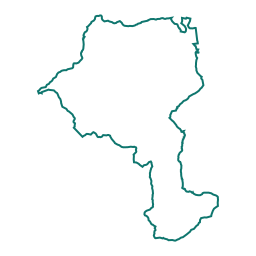 Lapugiu De Jos, Hunedoara, Romania (Albers equal-area conic projection)
{"feature_id": "2599482B98896548530240", "entity_name": "Lapugiu De Jos", "entity_type": "district", "adm_level": 2, "iso_a3": "ROU", "parent_name": "Romania", "parent_adm1": "Hunedoara", "projection": "albers", "projection_center": [22.473, 45.86], "detail": "fine", "context": "isolated", "style": "outline", "palette": "teal", "viewbox_px": 256, "rotation_deg": 0, "n_neighbors": 0, "source": "geoboundaries", "source_scale": "gbopen_adm2", "svg_char_len": 5767}
<svg xmlns="http://www.w3.org/2000/svg" viewBox="0 0 256 256"><path d="M217.9,197.1L217.3,196.3L215.9,195.4L213.3,194.6L211.3,193.3L208.8,192.7L203.8,192.7L202.6,193.2L202.5,193.5L202.1,194.2L200.1,195.2L198.1,195.2L195.8,194.8L194.2,194.0L193.3,193.3L193.0,192.6L192.9,192.8L192.4,192.8L192.4,192.4L192.0,192.4L191.1,191.8L189.5,191.3L188.7,191.8L186.8,191.6L186.2,191.3L185.2,190.0L185.1,189.3L184.9,189.0L184.0,188.6L183.6,188.8L183.3,188.5L182.6,188.3L182.2,187.9L182.8,186.3L182.8,182.9L182.4,180.6L182.5,179.8L182.2,179.6L182.1,178.7L181.7,178.6L181.7,177.9L181.2,175.6L181.3,175.0L181.1,174.2L181.2,173.1L180.9,172.1L180.9,169.5L181.2,169.0L181.3,168.2L181.4,165.3L181.0,164.6L180.5,162.5L180.2,161.9L179.4,161.7L178.3,160.4L178.2,158.9L178.5,157.6L178.3,156.6L178.7,154.8L179.1,154.5L179.3,153.5L180.3,152.3L181.8,151.1L182.2,150.3L182.0,148.8L181.7,148.6L181.9,147.8L181.6,146.9L182.2,146.0L182.2,143.8L182.5,143.5L182.4,143.3L182.6,142.9L182.2,142.4L182.6,141.5L182.5,141.1L182.8,140.1L183.1,139.7L183.0,139.4L183.3,139.3L183.7,138.1L183.9,138.0L184.1,137.5L183.9,137.2L184.3,137.0L184.4,136.4L184.9,135.7L184.6,135.0L184.8,134.6L184.2,133.6L184.2,133.1L183.8,132.8L183.4,131.6L183.8,131.0L183.2,131.1L182.1,132.0L181.4,131.8L181.1,130.6L180.0,128.9L178.6,128.1L176.9,126.5L176.3,125.2L173.4,121.5L172.3,120.7L169.5,117.9L170.0,117.5L170.3,116.9L170.3,114.8L170.7,114.2L171.8,111.6L172.1,111.2L175.9,110.6L176.5,109.1L176.7,108.5L177.1,108.4L177.1,107.9L177.5,107.8L177.6,107.2L177.4,106.8L178.9,106.1L180.0,104.3L181.8,103.0L183.3,101.3L184.0,100.8L185.7,100.2L187.1,99.3L188.1,98.4L189.1,96.5L193.5,94.0L194.7,93.6L197.2,92.0L199.0,90.6L200.5,88.6L201.6,87.8L203.4,85.2L202.4,79.9L201.3,78.6L201.2,77.9L201.7,76.8L200.6,76.1L197.4,72.9L196.4,70.4L196.4,68.7L195.8,66.5L196.0,64.8L196.0,63.1L196.4,60.0L197.2,58.0L196.3,56.7L195.8,54.5L195.6,52.6L196.2,51.7L196.6,51.9L196.8,52.5L197.7,52.7L199.2,52.7L197.0,51.6L197.2,51.0L197.8,50.4L198.2,49.5L196.7,49.3L196.4,49.0L195.7,46.2L195.0,45.9L193.4,44.0L197.8,43.4L197.6,41.7L197.2,40.5L195.7,28.0L195.0,27.9L192.7,28.4L189.9,28.3L188.9,27.5L187.8,25.4L190.0,21.0L190.4,18.6L186.5,17.7L185.9,18.7L182.0,17.9L182.2,21.0L181.8,22.3L181.3,23.2L184.7,26.1L185.7,27.9L186.1,29.0L185.8,31.2L185.4,31.8L184.7,32.3L180.7,31.5L180.8,30.4L180.6,30.1L179.6,28.4L179.2,28.4L178.4,27.1L177.4,24.5L176.7,24.1L174.6,23.8L172.2,21.3L171.0,19.0L171.0,18.5L171.6,17.8L168.3,18.4L166.8,18.4L165.4,18.9L164.3,18.8L162.8,18.1L161.1,18.3L159.9,18.9L157.3,19.0L156.0,19.6L153.7,19.0L150.6,19.1L147.8,20.4L147.7,20.7L141.6,22.0L140.8,23.0L138.0,23.7L137.3,24.4L136.3,24.6L134.8,25.5L132.5,26.1L129.7,25.9L128.4,26.2L124.7,25.8L123.6,25.3L122.6,24.3L121.7,22.7L119.8,21.1L116.9,22.2L116.2,22.9L114.5,23.3L113.4,23.1L112.2,22.2L109.5,21.5L108.0,20.7L104.4,21.4L102.6,20.0L101.9,18.8L101.8,16.4L101.2,15.6L100.1,15.4L98.7,16.0L97.2,15.9L96.3,16.1L95.5,16.5L95.0,18.2L94.9,19.1L93.9,20.5L91.4,22.0L91.0,23.3L90.5,23.7L88.0,26.4L87.0,27.0L87.5,28.5L87.4,29.4L87.0,30.5L86.3,31.5L85.2,32.0L84.6,32.6L83.6,34.9L83.5,35.7L83.7,36.0L83.8,36.8L84.2,36.4L84.6,36.8L83.6,37.7L83.5,37.8L83.8,37.9L83.5,38.4L83.6,38.7L83.0,39.4L83.4,41.0L83.7,44.4L83.3,48.8L82.9,49.9L82.1,50.7L81.9,51.8L81.3,52.2L81.0,53.5L81.3,55.7L81.7,56.3L82.3,57.8L82.3,58.3L81.6,59.4L80.3,60.6L78.6,62.6L76.5,63.4L74.2,63.3L73.7,63.5L73.3,64.6L73.1,67.4L72.3,68.2L67.5,69.3L66.4,70.2L64.0,70.2L62.2,70.6L61.4,70.9L60.2,71.9L58.5,72.5L57.2,73.9L55.9,77.0L53.2,78.6L52.2,80.6L51.2,81.5L50.0,82.2L49.0,83.8L46.9,84.8L45.7,87.1L41.5,87.9L40.5,88.7L39.3,90.2L38.0,91.1L38.8,93.4L40.1,92.8L40.8,93.0L41.1,92.9L41.1,93.1L41.7,93.3L41.6,92.3L41.8,92.1L48.6,89.6L49.4,89.9L53.9,90.4L55.8,92.3L57.0,93.0L57.5,93.8L58.9,97.3L60.3,99.0L61.0,101.3L61.2,103.4L61.6,104.2L61.6,104.6L62.4,106.8L66.4,108.9L67.6,110.8L69.1,111.6L72.5,114.5L73.6,116.8L74.7,118.1L74.8,118.9L73.5,121.2L73.7,122.4L75.0,123.3L74.6,125.8L74.7,126.6L73.8,127.7L82.5,136.8L83.6,135.9L85.1,135.2L86.2,134.2L86.8,133.9L88.2,134.0L90.8,134.6L91.6,133.7L93.3,132.2L93.9,132.4L95.6,133.5L96.5,134.7L96.6,135.2L97.6,136.8L98.1,137.1L99.4,136.9L100.2,137.2L101.4,136.9L102.1,136.5L102.9,135.3L103.2,135.1L106.5,135.4L107.7,135.0L108.6,135.0L110.1,135.7L110.3,136.6L111.7,139.0L114.5,142.3L114.9,143.1L117.5,144.6L119.3,145.2L121.6,146.9L123.4,147.3L127.6,147.2L130.8,146.7L133.3,147.0L134.1,146.7L136.1,147.5L136.3,148.4L135.9,149.9L136.3,151.5L136.1,152.1L133.6,154.6L133.9,155.9L133.7,159.2L134.0,162.3L136.4,162.5L138.7,163.8L139.9,165.0L142.5,166.8L144.0,165.2L146.2,164.8L147.3,164.2L149.0,162.1L150.8,161.5L151.5,162.7L151.5,163.5L152.3,166.5L151.5,167.6L150.9,169.2L150.9,169.6L150.5,170.5L150.3,171.9L149.9,173.0L150.0,175.6L149.8,177.1L150.5,178.3L151.4,180.9L151.3,182.3L151.1,183.3L151.3,184.3L152.4,186.2L152.1,188.1L152.7,190.3L153.0,193.6L152.5,195.1L152.7,195.6L152.2,199.3L152.8,200.1L152.7,202.0L153.1,204.5L152.8,205.9L153.0,206.7L152.6,207.3L151.4,207.9L149.9,209.6L146.9,210.6L145.5,211.5L144.7,212.4L144.4,214.2L144.9,215.3L146.6,216.0L147.9,217.3L148.4,218.3L148.6,220.2L149.8,221.3L150.5,222.4L151.1,223.7L151.8,224.4L152.8,224.7L153.8,225.6L155.5,226.5L155.1,227.5L154.7,228.0L154.7,228.3L155.2,228.9L155.5,230.1L154.5,231.1L154.3,232.7L154.5,233.7L154.2,234.1L153.8,235.6L154.6,237.4L155.1,238.0L155.6,238.2L159.9,237.6L162.5,238.4L163.3,237.9L164.1,238.5L167.4,239.4L168.5,240.2L172.3,240.0L174.6,240.6L175.5,240.6L177.6,239.5L178.7,239.2L181.1,237.6L182.9,237.2L186.7,234.4L190.1,231.6L190.8,230.3L191.3,229.8L193.9,228.9L196.4,225.9L198.0,224.8L198.9,222.8L199.9,222.3L200.1,219.9L201.1,218.1L204.4,217.4L206.6,217.5L211.2,216.2L211.5,214.5L212.9,210.7L214.0,208.7L216.3,207.0L217.9,206.0L217.7,202.7L218.0,199.7L217.8,197.7L217.9,197.1Z" fill="none" stroke="#0f766e" stroke-width="2"/></svg>